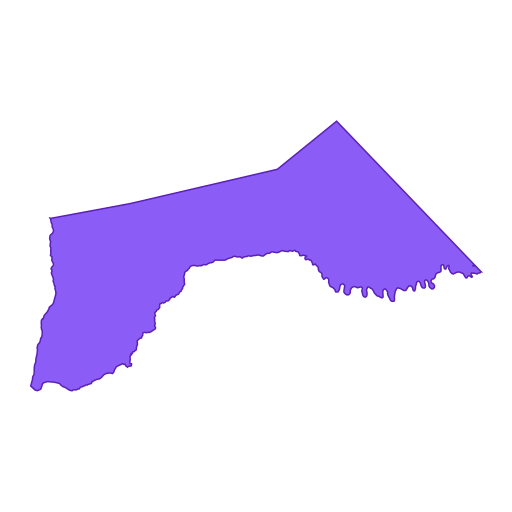 outline of Fortul, Arauca, Colombia
{"feature_id": "7082276B84202288192164", "entity_name": "Fortul", "entity_type": "district", "adm_level": 2, "iso_a3": "COL", "parent_name": "Colombia", "parent_adm1": "Arauca", "projection": "robinson", "projection_center": [-71.844, 6.696], "detail": "fine", "context": "isolated", "style": "filled", "palette": "violet", "viewbox_px": 512, "rotation_deg": 0, "n_neighbors": 0, "source": "geoboundaries", "source_scale": "gbopen_adm2", "svg_char_len": 6008}
<svg xmlns="http://www.w3.org/2000/svg" viewBox="0 0 512 512"><path d="M30.7,386.0L35.0,390.0L37.4,390.7L40.6,389.3L41.4,387.5L42.7,383.3L45.2,382.2L47.7,381.6L54.3,382.2L59.4,383.4L61.0,385.2L63.0,386.7L65.3,387.5L69.5,390.2L72.1,390.8L73.4,389.8L76.2,389.9L78.0,389.0L79.4,388.8L80.4,387.1L82.6,386.7L83.2,386.2L84.2,385.7L84.7,385.8L85.9,385.0L87.3,384.7L87.5,384.9L87.9,384.5L91.0,383.6L91.3,383.4L92.0,381.6L92.6,381.7L93.1,381.1L96.7,379.4L98.6,379.0L99.4,379.0L101.6,377.3L103.8,374.8L105.9,373.6L109.8,372.9L112.6,373.5L113.5,372.5L114.3,370.7L114.5,369.5L115.4,368.6L116.2,366.9L118.6,365.5L121.8,364.2L122.2,363.7L122.8,363.7L123.8,364.4L124.9,364.1L125.9,366.0L126.8,366.6L127.4,367.2L128.4,366.4L129.7,366.0L130.9,366.1L131.3,365.7L131.6,364.3L131.5,363.7L130.4,363.6L129.9,363.2L129.8,362.2L130.2,360.0L130.1,356.5L130.5,355.2L131.6,354.7L131.1,353.8L131.3,353.4L132.5,353.2L133.0,351.7L134.4,351.5L135.1,350.5L136.3,349.8L136.5,347.2L137.5,344.2L137.2,341.5L137.5,340.4L140.3,338.1L141.6,337.9L141.8,336.3L142.6,335.7L142.9,332.9L143.3,332.6L145.0,332.3L146.0,332.8L148.2,332.3L149.4,332.5L151.3,331.5L155.1,329.0L155.5,328.1L155.5,327.2L154.5,326.1L155.3,323.7L154.6,321.3L154.8,319.2L154.3,317.9L155.5,315.6L154.9,314.5L154.8,312.7L156.3,311.3L156.6,310.2L158.3,309.4L159.6,307.7L159.8,307.2L159.6,306.3L159.8,304.2L160.3,303.6L161.2,303.6L162.3,302.6L163.6,303.0L165.0,302.4L165.9,301.2L168.4,300.7L169.7,299.4L170.0,298.2L171.6,297.4L172.4,296.5L173.4,296.6L174.0,297.2L174.7,297.1L175.9,295.3L178.5,294.1L178.9,293.7L179.5,292.1L181.0,291.3L181.8,289.5L182.6,288.4L182.6,287.4L184.7,284.1L184.2,282.0L184.3,279.7L183.7,276.0L184.4,275.0L184.7,272.7L185.5,271.5L187.5,270.4L188.2,269.2L189.2,268.4L190.0,266.9L191.1,266.0L192.5,265.5L194.9,265.5L197.4,266.1L199.9,265.6L201.2,265.8L203.5,264.6L206.2,264.8L208.3,263.5L210.2,262.7L211.3,262.8L213.0,262.1L215.2,260.0L218.2,260.2L224.4,260.2L225.8,259.9L226.8,259.1L230.1,257.9L231.7,257.6L233.3,256.5L234.3,256.3L235.1,256.2L235.9,256.7L238.4,257.0L240.0,256.7L241.8,257.9L242.5,258.0L243.7,257.0L245.4,256.6L246.8,256.6L248.0,255.9L249.8,255.9L250.7,256.3L254.0,255.5L255.5,255.5L257.7,255.0L259.4,255.2L261.3,255.9L263.4,256.0L265.5,254.3L267.1,253.4L269.7,253.2L271.3,252.0L272.8,251.8L273.5,252.1L276.9,252.7L278.9,252.2L280.3,251.3L282.4,250.6L284.3,251.2L288.2,251.6L289.7,250.5L291.2,251.0L292.8,251.2L294.2,250.4L294.9,250.4L295.2,250.5L295.6,251.3L298.1,251.9L298.5,252.4L299.5,254.4L299.7,255.5L301.2,255.8L302.8,255.2L305.5,255.6L306.5,256.2L306.1,256.8L305.1,257.3L305.0,258.7L305.4,259.5L306.4,259.7L308.0,259.0L309.6,260.1L310.5,260.0L311.1,260.4L312.6,263.7L312.6,264.5L313.1,264.9L313.6,264.9L315.0,264.1L315.7,264.3L315.9,264.9L318.3,267.4L318.3,269.1L318.7,270.7L319.6,271.8L320.9,272.5L321.9,273.7L322.0,276.5L323.4,278.9L323.7,279.2L324.4,279.1L325.7,277.8L326.3,277.7L327.6,278.1L328.2,278.7L328.6,279.3L328.8,280.3L328.6,282.2L329.7,285.5L330.5,286.5L332.9,287.6L335.1,289.9L335.2,291.1L335.7,291.9L336.7,292.0L338.0,291.9L339.0,290.4L339.6,288.6L339.8,286.7L340.4,285.2L341.3,284.3L342.3,283.9L342.8,283.9L343.8,284.4L344.7,285.9L343.9,290.7L344.0,292.4L345.5,294.1L347.0,294.9L348.5,294.8L349.8,293.7L350.4,292.2L350.3,290.8L350.6,289.5L351.7,287.7L352.7,287.1L353.8,286.6L355.0,286.7L357.7,287.8L360.5,286.9L361.9,287.3L362.3,287.9L362.3,288.8L361.8,291.1L363.0,295.6L364.0,296.8L365.6,297.1L366.7,296.0L367.0,294.9L367.0,292.5L366.5,290.3L366.6,289.5L367.5,287.4L367.9,287.0L369.0,287.0L370.5,288.2L371.9,288.8L372.7,289.6L374.4,293.0L376.1,294.9L377.2,295.9L379.1,296.4L380.4,297.3L382.1,297.9L382.9,297.3L383.1,296.6L382.8,292.3L383.1,290.1L384.7,288.8L385.3,289.0L386.1,289.7L387.1,291.1L387.6,292.0L387.5,293.3L387.7,294.7L390.6,300.4L391.6,301.2L393.0,301.4L394.1,301.1L394.5,300.1L394.4,296.5L395.2,291.6L396.4,289.0L397.6,287.8L400.6,288.6L403.7,290.5L405.4,290.5L405.9,290.4L408.0,287.0L408.9,285.9L410.6,285.9L411.7,286.7L412.5,287.6L412.9,289.6L413.3,290.4L414.1,291.0L414.6,291.0L415.4,289.0L415.6,286.0L416.4,284.0L416.6,282.2L417.8,281.4L419.1,281.3L420.2,282.7L421.2,286.0L421.8,287.1L422.9,288.0L424.5,288.0L425.1,287.5L425.4,286.8L425.4,285.2L424.6,281.9L424.7,280.5L425.5,280.0L426.3,280.0L427.2,280.4L428.2,281.9L428.7,283.3L429.0,285.9L429.7,287.4L431.9,289.0L433.3,288.7L434.4,287.4L434.5,285.6L433.5,284.0L431.3,282.6L431.0,281.9L431.1,280.8L431.8,279.4L432.4,279.0L433.6,278.9L434.6,278.0L435.0,277.3L435.6,274.9L436.2,273.7L437.4,272.8L439.4,272.4L440.8,271.5L441.1,270.0L440.9,266.2L442.2,264.6L443.3,264.8L443.7,265.4L444.4,268.7L445.2,269.1L445.8,269.0L447.1,266.4L447.8,265.6L448.7,265.5L449.0,265.8L449.0,266.6L448.7,268.4L448.9,269.2L449.6,270.1L450.4,272.0L451.9,273.6L453.3,274.0L456.9,272.2L459.4,272.0L463.2,273.6L465.1,276.9L465.9,277.9L466.8,277.9L467.9,276.1L468.8,275.8L470.1,276.1L471.5,277.3L472.0,277.1L472.3,276.8L472.3,276.3L471.3,275.6L471.0,274.1L471.2,273.4L471.6,272.9L473.0,273.3L473.9,273.0L477.0,274.0L478.5,273.0L480.0,272.9L480.6,271.9L481.3,271.9L474.7,265.1L474.5,265.8L474.1,265.6L473.4,266.0L472.9,265.8L472.9,265.6L474.4,264.8L336.6,121.2L277.3,169.3L130.0,203.6L51.0,218.3L50.0,218.1L50.7,219.5L51.2,222.5L52.1,224.4L52.2,227.2L53.1,228.5L53.5,230.9L53.2,231.9L52.5,233.2L50.1,235.4L49.6,238.7L50.6,241.7L50.1,244.9L50.1,246.3L50.9,247.8L50.7,251.1L50.9,253.2L50.5,254.9L50.5,255.6L51.9,256.7L52.0,258.8L51.7,260.2L53.4,263.6L53.4,265.4L51.7,267.2L51.1,268.5L51.1,269.0L51.9,270.3L51.9,271.4L51.4,272.6L51.4,273.4L53.5,278.8L53.1,281.2L54.0,283.5L54.4,285.8L55.2,286.3L54.9,288.7L55.3,289.5L55.9,292.3L55.8,294.2L53.3,303.4L52.4,304.6L49.2,307.3L49.1,308.4L47.4,311.7L44.4,315.2L43.6,317.1L43.4,318.4L43.1,318.8L42.4,318.8L41.4,320.3L41.2,323.8L41.5,325.0L41.2,327.2L41.6,329.5L42.3,331.1L42.1,335.3L41.6,337.1L40.8,338.1L39.9,342.1L37.9,344.6L37.5,345.6L37.4,347.0L37.0,348.0L37.5,349.0L37.0,354.1L36.0,358.4L35.7,362.1L34.7,364.8L34.3,366.9L34.1,374.3L32.9,376.4L32.5,378.2L32.5,379.5L30.7,386.0Z" fill="#8b5cf6" stroke="#5b21b6" stroke-width="1.5"/></svg>